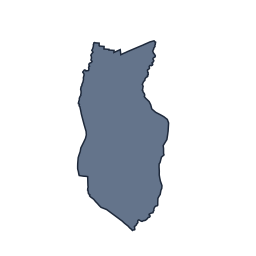 the district of Nealtican, Puebla, Mexico, rotated 239°
{"feature_id": "50627088B48552785623395", "entity_name": "Nealtican", "entity_type": "district", "adm_level": 2, "iso_a3": "MEX", "parent_name": "Mexico", "parent_adm1": "Puebla", "projection": "albers", "projection_center": [-98.437, 19.058], "detail": "fine", "context": "isolated", "style": "filled", "palette": "slate", "viewbox_px": 256, "rotation_deg": 239, "n_neighbors": 0, "source": "geoboundaries", "source_scale": "gbopen_adm2", "svg_char_len": 5662}
<svg xmlns="http://www.w3.org/2000/svg" viewBox="0 0 256 256"><g transform="rotate(239 128 128)"><path d="M112.4,61.7L109.5,65.2L108.2,67.1L107.1,68.4L100.7,64.8L98.7,63.7L97.9,63.5L97.0,62.4L96.0,61.9L95.7,61.4L94.6,61.5L94.0,61.0L93.4,60.9L92.9,60.6L92.1,60.3L91.4,60.5L90.4,60.9L89.7,60.1L88.2,60.4L84.6,61.9L81.6,62.3L79.1,62.9L76.3,63.4L73.9,64.0L69.1,67.7L51.2,75.1L48.3,75.9L45.4,77.0L43.8,77.6L42.5,77.8L40.8,78.2L40.0,78.6L39.1,78.7L38.6,78.8L37.9,79.1L38.0,79.3L38.0,79.8L37.9,80.0L37.6,80.4L37.5,80.9L37.4,81.1L37.4,81.3L37.4,81.5L37.6,81.6L38.0,81.8L38.4,82.0L40.3,82.8L40.3,83.9L40.7,85.5L41.3,85.9L41.5,86.7L41.7,87.5L41.9,87.8L42.8,88.1L43.2,88.5L43.5,88.8L43.8,89.6L43.5,90.1L41.2,91.4L40.7,92.0L40.6,92.8L40.7,93.4L40.5,93.8L40.1,94.6L40.0,95.1L39.9,95.6L40.0,96.2L40.1,96.7L40.1,97.0L40.2,97.4L40.5,98.3L40.7,98.7L40.9,99.4L40.8,99.5L40.7,99.8L40.5,100.2L40.6,100.8L41.0,101.5L41.6,101.7L42.1,101.6L42.5,101.3L42.8,101.4L43.1,101.6L43.3,102.0L43.1,104.0L42.7,105.2L42.6,105.9L43.5,106.6L43.7,107.2L43.9,107.7L44.8,108.1L45.5,108.7L46.0,109.4L46.3,109.9L46.7,110.9L46.7,111.8L46.4,112.6L46.4,112.9L46.3,113.2L46.6,113.8L48.8,115.1L52.3,117.4L53.5,119.4L54.5,121.4L57.6,124.1L58.8,125.8L61.0,127.4L63.2,127.9L65.7,128.4L68.9,129.5L71.7,130.6L74.9,132.6L78.7,134.6L81.2,136.2L81.9,137.7L84.2,140.0L85.8,141.7L86.4,145.0L87.9,145.4L92.1,147.9L94.8,149.1L98.1,155.4L101.7,158.4L104.7,160.8L111.4,165.4L115.1,166.1L119.1,164.6L122.5,162.7L127.2,159.8L132.1,158.2L136.1,159.4L139.8,159.7L144.2,158.5L146.4,158.1L146.7,158.5L146.9,158.6L147.1,158.9L147.3,159.0L147.5,159.1L148.0,159.4L148.1,159.5L148.5,159.5L149.0,159.7L150.9,159.5L151.4,159.5L151.7,159.6L152.0,159.9L152.4,159.9L152.9,159.7L153.1,159.7L153.3,160.0L153.8,160.7L154.3,161.0L155.1,161.7L155.5,161.9L155.6,162.1L155.7,162.3L155.9,162.3L156.2,162.4L156.6,162.5L156.9,162.7L157.1,162.7L157.4,162.7L157.7,162.6L157.8,162.8L158.1,162.9L159.5,164.8L159.9,165.8L160.0,166.1L160.2,166.6L160.1,166.8L160.3,167.1L160.6,167.4L161.1,167.6L161.3,167.8L161.4,168.0L161.7,168.5L161.9,169.3L162.1,169.7L162.1,169.9L162.0,170.4L162.0,170.8L162.1,171.2L162.2,171.6L162.6,171.9L162.8,172.0L163.2,171.9L163.3,172.7L163.4,172.9L163.8,173.1L164.3,173.3L164.6,173.4L164.9,173.7L165.1,173.8L165.5,173.5L165.8,173.6L166.4,174.0L167.0,174.3L167.3,174.3L167.5,174.6L167.8,174.8L167.8,175.0L167.8,175.3L167.8,176.7L167.9,176.9L168.1,177.1L168.4,177.3L168.6,177.4L169.5,177.6L169.9,177.9L170.3,178.9L170.3,179.0L170.2,179.2L169.8,179.7L169.6,179.8L169.4,180.1L169.4,180.3L169.5,180.6L169.6,180.8L169.3,181.3L169.5,181.5L170.0,182.1L171.1,182.0L171.3,182.1L171.5,182.2L171.5,182.3L171.5,182.8L171.5,183.3L171.9,183.9L172.1,184.5L172.6,184.9L173.1,184.9L173.6,184.8L174.3,184.9L174.6,185.1L174.9,185.6L174.9,186.0L175.1,186.3L175.0,186.6L175.0,187.1L174.9,187.5L175.0,187.7L175.3,188.0L175.4,188.3L175.8,188.6L176.5,188.6L176.9,188.7L177.4,188.7L177.9,188.7L178.5,188.4L178.8,188.4L179.0,188.4L179.3,188.4L179.4,188.5L179.5,188.6L180.7,188.7L181.0,188.7L181.2,188.9L181.3,189.0L181.6,189.3L182.1,190.2L182.5,190.7L182.7,190.9L182.8,190.9L183.0,191.0L183.3,191.4L183.4,191.8L183.7,192.3L183.8,192.8L183.9,193.0L184.1,193.2L184.4,193.3L184.7,193.4L184.9,193.5L185.1,193.7L185.4,194.2L185.7,194.4L185.9,194.7L186.1,194.9L186.5,195.0L186.8,195.3L187.0,195.4L187.2,195.8L187.3,195.9L187.5,195.9L187.9,195.4L188.1,195.3L188.4,195.3L188.6,195.3L189.0,195.4L189.2,195.1L189.4,194.9L189.5,194.7L189.6,194.2L190.5,191.0L190.6,190.0L191.2,185.4L191.2,185.1L191.3,184.8L191.3,184.1L191.6,182.1L192.8,173.7L193.8,166.5L193.9,165.1L194.2,163.1L194.5,159.6L199.2,161.7L200.0,154.8L201.7,156.0L204.6,151.8L205.2,152.2L208.1,148.1L210.2,149.5L213.0,145.7L213.5,145.7L215.6,147.0L218.0,143.6L218.4,143.5L218.5,143.2L218.6,142.7L218.4,142.4L217.6,141.8L217.5,141.4L217.3,141.3L217.0,141.1L216.8,141.0L215.8,140.3L215.1,139.6L214.6,139.0L214.0,138.4L213.6,137.7L213.4,137.2L213.1,136.9L212.7,136.9L212.1,137.2L211.5,137.1L211.0,136.8L210.9,136.8L210.9,136.6L210.8,136.3L210.7,136.1L210.5,135.9L210.3,135.2L210.2,134.9L210.0,134.3L209.7,134.1L209.5,133.7L209.4,133.6L208.9,133.7L208.6,133.6L208.3,133.4L208.0,133.3L207.5,133.1L207.0,132.9L206.8,132.7L206.4,132.4L206.2,132.2L205.8,131.6L205.2,131.2L204.3,131.5L204.1,131.5L203.6,131.5L203.4,131.2L203.1,130.1L203.1,129.7L203.3,128.6L203.2,128.0L202.8,127.4L202.4,127.1L202.1,126.9L201.3,126.8L201.1,126.9L200.8,126.9L200.7,126.6L200.7,126.2L200.6,125.8L200.3,125.5L200.1,125.4L199.8,125.2L199.1,125.2L198.9,124.9L198.7,124.7L198.2,124.5L197.9,124.2L197.7,123.8L197.7,123.4L197.7,123.2L198.4,122.3L198.4,122.0L198.4,121.7L198.6,121.3L198.9,121.3L199.4,121.2L199.6,121.2L200.0,120.9L200.1,120.7L200.2,120.3L199.9,119.7L199.7,119.2L199.5,118.4L199.3,118.1L199.2,118.0L199.0,117.9L198.6,117.9L198.3,118.1L197.7,118.2L196.8,118.0L196.3,117.8L196.1,117.6L195.7,117.4L195.2,116.7L194.6,116.2L194.4,116.0L194.1,115.6L193.5,115.3L193.1,115.2L192.6,114.9L191.8,114.2L191.1,113.5L190.5,113.0L190.3,112.7L190.1,112.3L189.8,112.0L189.5,111.5L189.1,111.0L188.6,110.6L188.2,110.4L188.0,110.2L187.8,109.8L187.7,109.3L186.7,108.3L186.2,107.9L185.7,107.4L185.2,107.2L184.5,107.0L183.7,106.7L182.0,105.7L181.3,105.0L180.8,104.6L180.3,104.4L179.8,103.3L179.5,102.8L179.2,102.5L178.7,101.7L177.8,101.1L177.2,100.8L176.8,100.4L176.5,99.9L176.3,99.6L175.4,98.9L175.2,98.5L174.9,98.3L174.4,98.0L173.5,98.6L173.1,98.4L172.7,97.8L171.9,97.5L171.0,97.7L170.8,97.6L167.5,96.5L164.0,95.2L153.8,92.2L146.6,90.3L143.5,88.7L140.9,86.1L138.0,81.7L135.2,77.3L132.4,74.9L129.9,71.9L128.2,70.0L123.3,66.5L121.1,65.1L118.9,63.8L116.2,63.0L113.9,62.1L112.4,61.7Z" fill="#64748b" stroke="#1e293b" stroke-width="1.5"/></g></svg>